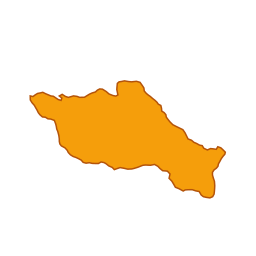 Suzano, São Paulo, Brazil, rotated 109°
{"feature_id": "56859067B65959534895327", "entity_name": "Suzano", "entity_type": "district", "adm_level": 2, "iso_a3": "BRA", "parent_name": "Brazil", "parent_adm1": "São Paulo", "projection": "albers", "projection_center": [-46.312, -23.613], "detail": "fine", "context": "isolated", "style": "filled", "palette": "amber", "viewbox_px": 256, "rotation_deg": 109, "n_neighbors": 0, "source": "geoboundaries", "source_scale": "gbopen_adm2", "svg_char_len": 2214}
<svg xmlns="http://www.w3.org/2000/svg" viewBox="0 0 256 256"><g transform="rotate(109 128 128)"><path d="M80.9,131.5L81.1,135.2L82.2,137.6L83.2,139.7L83.9,142.6L84.6,146.7L86.1,149.2L87.3,151.5L89.3,152.6L93.1,151.7L95.3,151.1L97.5,149.8L100.0,148.3L101.8,149.9L102.2,152.8L102.0,157.0L100.6,160.5L99.6,164.8L100.3,167.5L102.2,169.3L104.5,170.5L106.7,173.5L108.5,175.4L110.4,177.0L113.1,179.2L114.8,183.8L114.7,186.5L115.4,190.0L116.9,192.1L118.5,194.4L118.5,197.6L117.6,201.2L120.1,203.4L121.2,200.3L123.7,200.3L123.8,203.3L123.1,205.9L122.3,208.9L122.8,211.4L122.6,214.0L122.4,217.2L122.0,220.2L123.3,222.2L124.8,224.8L127.0,226.6L129.2,228.1L129.5,230.9L133.3,229.5L135.4,226.9L137.1,223.9L138.9,221.9L140.6,219.9L142.7,217.8L144.2,215.5L145.4,212.5L144.7,209.6L145.4,206.7L144.7,204.0L144.8,200.1L147.8,197.6L150.0,196.2L152.1,195.1L154.1,193.3L157.7,190.9L160.5,189.5L163.2,188.5L165.3,187.2L166.6,185.2L167.3,181.1L168.9,178.2L170.6,176.5L172.1,173.7L172.8,170.6L172.8,167.5L173.1,164.8L173.6,161.8L175.1,159.2L174.9,156.2L173.4,153.2L173.1,150.3L172.1,147.0L171.2,144.4L168.9,142.4L168.5,139.3L169.0,136.8L170.1,133.9L170.4,130.0L171.8,127.4L170.0,125.2L168.0,122.6L167.4,118.8L167.0,114.9L165.5,111.1L164.3,109.2L161.9,105.9L160.1,103.8L158.4,101.8L157.3,99.4L155.9,94.6L153.8,91.0L154.5,87.2L155.9,84.6L157.1,81.3L156.5,79.0L156.0,76.7L157.8,73.3L162.2,72.8L164.0,69.2L166.9,65.8L168.6,63.9L168.8,60.0L169.6,55.3L167.9,53.7L166.8,51.1L165.4,47.1L165.4,43.6L164.9,40.0L167.5,37.0L168.4,34.4L168.1,31.4L167.4,27.8L165.4,25.6L162.5,25.1L160.1,25.6L157.0,26.4L154.3,27.2L150.3,28.9L147.7,30.9L145.0,32.8L142.4,33.7L139.6,33.0L137.3,31.4L135.0,30.5L132.4,30.8L129.8,30.3L126.6,29.8L123.7,28.9L121.3,27.9L119.2,28.1L117.6,31.3L116.5,33.8L116.5,37.0L119.4,37.6L120.0,40.8L120.6,43.3L122.9,45.8L122.5,49.7L120.5,52.1L120.9,54.7L120.3,58.1L120.1,61.0L118.9,64.0L118.8,67.7L116.9,69.6L114.0,72.5L111.7,75.6L111.3,79.1L110.8,83.3L110.3,86.7L108.5,90.4L106.8,93.1L105.2,95.4L103.1,96.5L101.7,98.8L101.0,101.6L98.5,102.7L96.0,104.3L95.6,107.1L94.2,109.0L93.1,111.4L92.1,114.3L90.9,117.2L90.3,119.4L89.3,122.0L87.7,124.7L85.0,126.0L83.2,128.3L80.9,131.5Z" fill="#f59e0b" stroke="#b45309" stroke-width="1.5"/></g></svg>